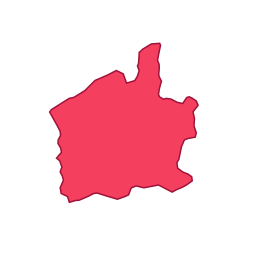 outline of Livadia Larnakas, Larnaca, Cyprus, rotated 201°
{"feature_id": "46923920B34186369498316", "entity_name": "Livadia Larnakas", "entity_type": "district", "adm_level": 2, "iso_a3": "CYP", "parent_name": "Cyprus", "parent_adm1": "Larnaca", "projection": "orthographic", "projection_center": [33.633, 34.954], "detail": "fine", "context": "isolated", "style": "filled", "palette": "rose", "viewbox_px": 256, "rotation_deg": 201, "n_neighbors": 0, "source": "geoboundaries", "source_scale": "gbopen_adm2", "svg_char_len": 1269}
<svg xmlns="http://www.w3.org/2000/svg" viewBox="0 0 256 256"><g transform="rotate(201 128 128)"><path d="M156.1,37.6L151.0,41.5L147.7,43.1L141.0,49.6L136.7,54.4L133.7,56.2L124.1,56.8L112.4,57.7L106.3,62.9L103.5,65.8L103.5,73.2L99.7,76.8L91.7,77.9L79.1,85.7L63.8,84.0L60.6,87.8L56.1,92.1L52.9,95.9L49.1,101.7L51.1,105.4L55.6,106.5L60.9,106.5L67.3,108.3L69.9,113.2L69.3,116.9L70.7,125.6L71.4,129.7L71.1,137.0L68.4,139.6L62.0,143.5L62.5,147.9L67.2,153.7L69.3,160.6L73.1,166.4L70.7,174.3L73.9,177.7L78.6,178.8L82.0,179.1L84.1,177.5L85.7,170.5L91.1,169.6L98.2,170.4L102.8,169.4L105.2,167.6L109.8,168.4L111.6,170.4L112.7,175.3L113.4,181.4L113.4,183.5L117.7,187.5L118.8,189.9L120.3,195.3L121.8,198.6L124.7,201.8L125.8,207.7L127.3,217.0L128.8,218.4L136.4,214.8L142.5,206.9L144.6,202.6L142.6,196.3L141.3,191.8L141.4,189.3L138.1,185.5L137.8,179.5L138.7,174.6L141.7,172.3L145.5,169.4L151.8,176.8L159.5,177.5L166.1,170.1L175.8,160.6L181.7,147.4L189.5,137.2L189.8,137.0L193.5,134.6L206.0,117.9L206.9,114.8L194.5,104.5L190.0,100.4L188.3,96.7L188.9,91.8L187.8,88.4L183.6,85.1L181.4,81.3L182.6,78.2L183.9,74.2L180.1,73.0L175.7,67.8L175.7,64.8L175.5,62.5L172.3,59.9L169.6,56.2L169.9,47.9L166.9,42.9L160.0,42.4L156.1,37.6Z" fill="#f43f5e" stroke="#9f1239" stroke-width="1.5"/></g></svg>